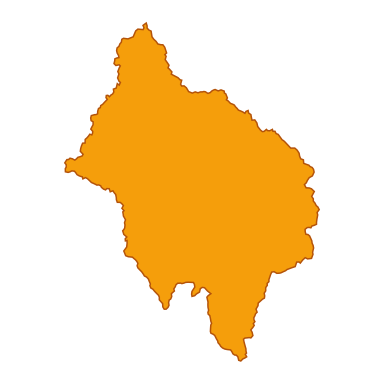 outline of Dom Feliciano, Rio Grande do Sul, Brazil
{"feature_id": "56859067B48713778457520", "entity_name": "Dom Feliciano", "entity_type": "district", "adm_level": 2, "iso_a3": "BRA", "parent_name": "Brazil", "parent_adm1": "Rio Grande do Sul", "projection": "orthographic", "projection_center": [-52.217, -30.609], "detail": "fine", "context": "isolated", "style": "filled", "palette": "amber", "viewbox_px": 384, "rotation_deg": 0, "n_neighbors": 0, "source": "geoboundaries", "source_scale": "gbopen_adm2", "svg_char_len": 5188}
<svg xmlns="http://www.w3.org/2000/svg" viewBox="0 0 384 384"><path d="M240.8,361.0L242.9,358.9L245.0,357.9L246.7,356.8L245.3,354.3L246.5,353.1L246.0,351.2L245.9,348.8L244.7,344.5L243.9,341.4L243.5,339.2L244.9,338.1L249.2,337.6L250.9,337.9L252.9,335.6L252.1,332.2L250.8,329.9L252.9,327.4L254.2,325.4L253.3,323.6L254.9,321.6L254.0,320.0L253.8,317.8L254.8,315.9L255.6,313.7L257.1,312.2L256.0,309.1L258.0,305.7L258.2,303.1L260.5,301.0L262.5,299.2L264.4,298.1L264.7,295.9L264.2,293.2L265.7,290.9L265.7,287.6L267.3,285.3L267.1,283.4L268.9,281.7L268.9,279.6L270.7,274.3L271.7,272.1L274.1,271.7L276.8,273.3L279.1,273.2L280.8,272.9L283.1,271.8L285.6,270.7L286.9,269.6L289.7,268.5L291.9,267.7L295.2,266.6L296.7,262.1L299.1,262.0L300.3,263.1L302.6,260.1L305.2,257.7L307.6,258.9L311.5,258.4L313.0,254.3L312.6,252.4L313.0,250.4L313.6,248.0L313.1,245.4L312.1,243.2L311.8,240.8L309.6,235.9L307.9,234.5L305.9,234.3L305.2,231.7L305.1,229.3L307.2,227.6L309.0,227.4L310.9,227.8L311.9,226.0L314.0,225.4L316.5,224.3L316.5,222.3L316.9,219.1L317.7,214.9L317.1,212.5L319.2,209.6L317.8,206.9L316.3,205.7L314.8,202.8L313.3,201.1L313.3,198.8L311.7,196.4L314.3,191.5L311.5,188.8L309.4,188.0L306.1,187.8L304.4,184.6L306.3,182.8L307.4,180.4L309.2,177.7L312.4,175.9L314.1,172.1L313.5,169.3L312.2,167.5L310.0,166.5L308.9,165.2L305.7,164.1L303.7,163.3L303.4,159.8L300.7,158.8L299.6,156.1L299.1,153.2L297.1,150.1L294.8,148.1L290.7,148.1L284.9,141.9L283.6,140.7L282.1,139.8L278.2,134.4L276.1,133.6L275.0,131.3L272.9,131.3L272.4,129.4L269.6,130.8L267.6,130.6L266.4,129.4L264.1,131.4L262.3,131.6L260.4,130.0L257.7,126.5L256.9,123.0L254.8,119.9L252.0,120.2L251.4,117.4L250.9,114.6L248.6,113.0L248.1,110.5L246.0,111.4L244.9,113.3L242.7,111.9L240.7,111.0L238.4,110.1L237.1,108.4L235.4,106.7L234.4,105.1L232.7,104.2L230.5,103.4L228.0,100.8L226.4,99.8L227.4,97.9L226.6,96.0L225.8,93.9L224.4,93.0L224.2,91.1L221.0,89.9L218.2,90.9L215.1,89.5L213.6,90.0L211.8,91.0L210.2,92.6L207.9,93.4L205.4,91.8L203.9,91.5L202.4,91.9L200.5,91.9L198.0,92.8L195.2,91.9L192.3,93.1L188.6,91.6L186.4,87.8L184.1,85.9L181.6,86.0L180.6,84.2L181.7,80.2L180.1,79.8L178.0,77.7L175.9,76.6L171.3,74.2L171.9,71.9L169.3,69.0L168.0,67.9L169.0,65.2L166.5,61.5L165.2,59.7L166.1,56.3L164.9,54.6L166.6,53.0L164.7,47.2L162.9,44.8L160.7,44.7L157.9,44.0L156.0,41.3L153.8,39.3L152.0,36.8L151.1,31.1L149.0,30.1L147.1,28.1L147.1,25.8L146.2,23.0L143.0,25.4L144.0,27.8L143.1,29.6L137.9,29.1L135.7,30.9L133.2,36.8L128.0,38.9L123.5,38.3L121.8,39.3L121.3,42.3L120.0,43.7L118.9,46.4L117.1,47.9L116.6,50.6L117.2,53.1L118.5,55.4L118.9,57.6L116.8,58.0L114.9,58.8L114.7,60.9L114.0,63.6L115.9,65.5L119.1,64.8L120.3,65.9L119.2,68.0L117.8,71.6L118.9,74.0L117.6,77.9L119.1,81.4L120.4,82.4L119.2,85.1L117.3,83.6L116.2,88.1L113.4,89.1L113.8,92.0L112.6,94.0L110.7,95.2L109.5,96.7L107.8,95.3L106.3,95.5L106.0,97.7L107.3,99.4L104.3,102.5L102.7,104.3L100.7,105.6L100.3,107.6L98.5,108.5L97.7,111.2L97.6,113.8L96.1,114.6L94.4,114.7L91.3,115.6L90.7,118.0L91.1,120.6L93.1,121.8L93.1,124.7L91.6,127.5L90.8,129.1L92.7,131.3L92.6,133.1L91.8,134.9L89.8,134.2L88.4,136.2L86.8,138.0L85.2,139.4L85.1,143.0L82.6,143.2L81.4,146.1L80.7,148.5L80.3,151.3L81.6,152.7L83.1,154.3L82.1,156.0L79.8,156.8L77.9,157.3L76.3,159.0L74.8,160.1L72.4,158.8L70.0,158.2L68.6,159.5L66.9,159.6L65.7,161.4L64.8,162.9L66.2,164.7L66.2,167.2L65.3,168.6L65.4,171.8L68.1,172.4L70.1,171.8L71.8,170.9L74.4,171.2L75.6,172.5L77.0,174.6L78.9,175.7L80.4,176.3L82.3,176.8L82.9,178.9L85.4,177.6L87.4,178.6L89.7,180.8L91.4,182.5L93.5,183.4L95.2,184.2L96.9,185.1L98.7,184.9L100.7,185.8L101.4,187.3L103.5,189.1L105.6,189.9L106.7,188.6L109.2,188.7L110.2,191.8L112.9,190.8L114.4,193.0L115.7,194.5L116.3,197.5L116.4,199.8L117.3,202.3L120.2,202.4L121.8,203.7L123.4,205.6L121.9,208.3L124.0,210.7L122.8,211.9L123.2,214.2L123.4,216.0L125.5,219.8L124.5,222.8L125.0,224.9L124.7,227.9L123.9,229.5L122.7,230.8L123.8,234.4L126.8,237.0L125.2,238.8L125.4,240.9L127.0,240.5L127.1,243.4L126.7,247.0L123.8,251.0L125.7,255.7L128.2,256.7L130.1,256.9L132.5,257.2L133.9,258.5L135.5,259.8L136.8,261.4L137.9,263.3L137.1,265.8L137.9,267.9L139.8,269.9L141.7,271.8L143.3,274.1L144.4,276.0L146.5,277.0L148.3,278.9L149.4,281.7L150.4,284.0L149.9,285.6L150.8,288.0L152.9,289.2L154.5,291.2L156.8,293.6L158.5,295.3L159.3,297.1L159.3,299.8L161.1,301.9L162.6,303.6L162.8,306.9L164.2,309.2L166.1,309.2L168.0,307.4L169.0,305.3L168.6,302.5L169.2,300.0L170.7,299.0L171.7,296.6L171.4,293.7L172.7,292.5L174.4,291.0L173.8,288.9L175.3,286.7L175.9,284.9L177.6,283.3L180.5,283.1L181.9,283.6L183.9,283.1L185.6,282.4L188.3,282.2L193.5,282.5L194.4,284.4L194.8,287.1L192.0,291.4L191.6,294.1L192.0,296.4L194.7,295.7L196.5,293.9L199.5,292.1L200.3,288.7L202.2,287.4L204.5,287.7L207.5,291.0L210.9,293.7L208.2,295.6L206.9,297.2L207.4,299.5L208.0,301.9L207.9,304.6L208.0,307.3L208.6,310.2L207.9,312.5L208.2,314.2L209.8,315.6L210.4,318.4L210.9,321.4L211.6,323.3L210.8,325.1L210.6,327.8L210.4,331.5L210.9,333.2L212.9,334.1L214.7,335.4L215.6,337.2L216.6,339.2L217.7,340.9L218.0,342.7L219.7,344.6L220.7,346.3L222.6,348.0L224.7,349.0L227.1,349.5L230.6,349.9L232.0,351.9L232.9,353.8L234.6,355.0L236.4,355.2L237.9,356.9L238.7,360.3L240.8,361.0Z" fill="#f59e0b" stroke="#b45309" stroke-width="1.5"/></svg>